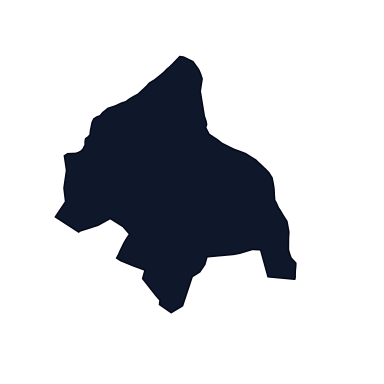 Ibarapa Central, Oyo, Nigeria (Equal Earth projection), rotated 206°
{"feature_id": "59680162B68133263226567", "entity_name": "Ibarapa Central", "entity_type": "district", "adm_level": 2, "iso_a3": "NGA", "parent_name": "Nigeria", "parent_adm1": "Oyo", "projection": "equal_earth", "projection_center": [3.256, 7.422], "detail": "fine", "context": "isolated", "style": "filled", "palette": "ink", "viewbox_px": 384, "rotation_deg": 206, "n_neighbors": 0, "source": "geoboundaries", "source_scale": "gbopen_adm2", "svg_char_len": 1862}
<svg xmlns="http://www.w3.org/2000/svg" viewBox="0 0 384 384"><g transform="rotate(206 192 192)"><path d="M61.4,158.6L61.7,160.2L63.5,164.0L64.9,167.2L66.1,170.5L67.5,173.6L70.8,174.9L74.1,176.2L77.3,179.3L80.1,182.5L85.2,193.2L87.4,198.5L92.2,205.1L93.9,207.3L100.6,211.4L104.3,213.9L107.6,215.8L111.3,219.0L114.1,220.9L116.7,225.4L117.0,225.9L118.7,229.1L120.6,232.2L122.8,235.3L126.2,239.8L131.3,243.0L136.4,244.9L137.6,245.2L140.6,246.2L143.5,247.1L144.8,247.4L148.6,248.7L160.7,250.0L167.3,249.4L172.5,248.8L176.1,248.8L179.0,248.8L186.5,248.9L192.1,250.1L201.9,251.4L206.0,254.4L208.0,255.9L208.4,259.0L209.7,260.8L210.8,262.2L211.1,262.5L214.0,265.3L227.0,283.7L228.8,286.2L232.5,298.2L236.2,302.0L239.9,305.1L248.3,309.6L252.1,309.6L258.7,309.6L262.4,308.4L263.1,306.0L265.8,297.7L267.2,293.9L268.2,292.0L269.6,287.6L271.0,284.4L274.8,276.3L278.1,271.2L279.1,267.5L281.0,262.4L283.4,256.2L286.2,252.4L289.1,248.0L291.0,244.2L294.3,241.1L299.0,235.4L304.2,230.4L305.6,227.3L307.1,224.1L307.5,222.4L308.0,220.3L310.4,217.8L312.3,214.7L312.3,210.9L310.0,202.1L308.7,198.9L309.6,195.8L311.0,193.3L310.1,190.1L308.7,187.6L308.8,182.6L309.7,180.0L311.6,177.5L313.5,175.7L318.2,173.2L320.6,171.9L322.6,168.6L314.3,156.5L308.8,139.4L301.4,127.9L303.9,109.7L276.3,106.3L275.4,108.0L261.9,120.9L253.9,132.3L238.8,130.7L229.7,126.8L229.8,125.2L230.1,123.7L230.3,122.1L230.5,120.1L230.7,117.6L230.8,115.8L230.8,114.2L230.8,112.6L230.8,110.2L230.8,108.7L230.8,107.4L230.7,106.3L230.7,105.6L230.6,104.6L230.6,103.4L230.7,102.4L230.7,101.6L230.7,100.5L230.8,99.6L226.1,99.0L212.3,99.9L200.5,101.1L200.0,101.2L198.4,92.5L179.0,83.1L173.3,80.7L171.9,76.6L157.8,74.4L150.6,85.6L154.7,116.0L150.0,123.5L148.7,132.4L150.1,140.3L127.3,154.1L122.2,157.9L112.5,166.9L112.2,167.0L105.0,170.1L86.5,149.1L61.4,158.6Z" fill="#0f172a" stroke="#020617" stroke-width="1.5"/></g></svg>